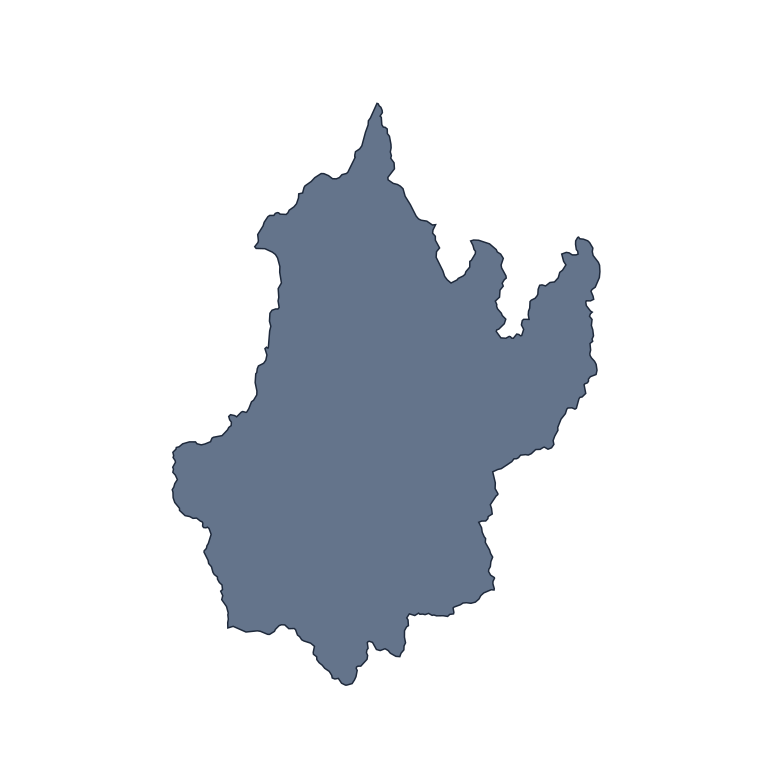 the district of Ocros, Áncash, Peru, rotated 154°
{"feature_id": "86281439B72862072024164", "entity_name": "Ocros", "entity_type": "district", "adm_level": 2, "iso_a3": "PER", "parent_name": "Peru", "parent_adm1": "Áncash", "projection": "robinson", "projection_center": [-77.418, -10.52], "detail": "fine", "context": "isolated", "style": "filled", "palette": "slate", "viewbox_px": 768, "rotation_deg": 154, "n_neighbors": 0, "source": "geoboundaries", "source_scale": "gbopen_adm2", "svg_char_len": 6159}
<svg xmlns="http://www.w3.org/2000/svg" viewBox="0 0 768 768"><g transform="rotate(154 384 384)"><path d="M440.0,564.1L439.5,561.9L431.7,557.8L426.5,551.4L424.8,548.0L424.4,544.0L426.1,535.2L428.7,530.3L431.9,519.8L437.3,516.1L440.6,508.0L442.8,505.1L444.7,498.7L446.6,497.9L448.3,498.9L452.3,499.4L455.5,497.6L459.4,490.7L460.4,485.5L463.5,481.8L471.9,467.6L472.6,467.1L473.5,468.6L475.5,468.0L476.5,461.4L479.8,457.2L483.1,455.4L488.9,455.3L491.2,453.3L493.4,450.0L494.8,449.4L499.2,441.7L501.3,433.4L503.1,430.0L508.3,426.6L510.9,426.1L516.3,421.1L519.6,419.0L520.4,418.9L523.0,421.2L524.5,421.3L530.8,419.1L532.1,421.1L535.4,423.7L537.8,422.9L538.4,419.5L537.9,416.6L539.6,413.6L542.6,413.0L544.7,411.4L552.2,408.6L560.7,410.9L562.4,410.7L565.2,408.2L571.3,408.6L574.9,409.4L578.3,412.3L578.8,414.6L584.3,417.3L591.2,418.5L595.7,417.4L598.5,418.0L599.6,416.6L603.7,415.2L604.5,411.7L605.8,410.4L605.3,406.8L605.7,405.1L610.4,401.8L610.5,399.8L612.5,397.2L611.5,393.6L611.6,388.7L615.7,386.2L618.1,383.5L620.7,381.8L621.1,379.3L623.4,374.2L624.0,369.2L622.3,362.0L623.2,360.0L620.5,352.9L616.7,350.0L614.6,347.0L611.2,345.6L609.1,341.2L608.0,340.1L607.8,338.4L609.3,335.9L609.1,334.1L607.1,332.8L605.5,332.7L604.6,330.9L605.3,324.6L611.8,317.7L614.0,316.3L615.7,314.1L618.8,312.9L619.5,311.7L619.4,302.6L620.3,299.5L619.2,295.4L620.3,289.8L620.1,287.2L618.3,283.6L619.2,281.6L619.0,277.8L617.7,274.4L619.3,270.0L621.6,269.4L621.7,264.5L624.4,261.3L623.1,253.0L624.4,246.4L625.5,245.1L627.0,240.9L629.1,238.0L631.3,233.2L625.8,232.3L616.8,221.6L606.1,217.7L603.6,216.0L598.3,210.0L596.6,209.1L590.9,209.7L589.1,211.1L584.2,212.8L581.8,212.6L578.8,211.0L576.8,205.8L571.9,203.6L571.2,202.0L571.8,196.3L570.6,193.9L570.1,190.2L568.7,188.2L563.6,183.3L561.5,178.7L565.3,173.8L565.9,172.0L564.1,168.4L565.2,165.7L564.5,162.0L562.8,158.4L561.9,154.4L559.2,149.7L558.7,145.1L559.4,142.5L557.5,140.4L554.1,139.4L553.3,133.7L550.7,130.3L549.5,129.7L544.0,128.7L540.2,131.0L537.5,133.2L533.6,138.4L533.7,140.5L532.7,141.7L531.1,141.8L528.5,140.6L519.9,144.0L517.7,147.2L517.6,150.1L516.0,152.4L514.2,153.4L512.4,158.9L511.1,159.4L510.0,159.2L507.6,156.8L507.2,148.7L504.3,146.1L499.1,145.6L497.1,142.6L496.3,139.2L492.7,134.0L489.3,132.0L486.8,134.5L482.7,136.3L480.8,139.8L478.1,141.9L476.6,147.5L473.7,153.3L470.2,155.8L468.0,156.1L465.8,161.5L466.1,163.8L462.0,166.3L457.8,162.4L453.4,162.9L452.7,161.3L450.0,160.2L448.2,158.7L444.5,158.3L442.2,155.0L440.4,154.5L438.4,152.6L432.4,149.8L428.7,147.2L425.9,148.1L422.3,146.9L421.3,148.1L420.1,152.4L418.7,152.8L412.1,152.1L409.0,152.5L405.8,151.3L402.0,148.8L397.5,147.9L392.9,149.1L389.7,151.4L385.9,152.5L377.8,152.1L375.4,150.6L374.6,151.7L373.7,156.7L372.6,158.8L369.8,161.0L369.7,161.7L372.0,165.5L372.2,169.7L371.0,171.5L368.5,173.2L365.8,177.5L362.2,180.8L362.5,184.9L361.9,188.6L362.4,197.2L360.4,200.6L360.9,202.7L360.7,207.7L359.3,212.1L359.5,218.2L356.4,218.0L352.6,216.3L349.7,217.4L348.5,219.2L343.7,219.7L341.9,225.1L341.4,228.9L332.3,234.2L330.2,234.7L329.7,235.5L330.0,241.3L327.3,246.3L324.8,257.4L319.3,257.3L315.7,256.5L303.2,258.2L299.9,259.8L297.6,258.7L295.4,258.8L292.5,260.2L287.8,258.5L285.5,256.9L282.1,256.8L276.4,258.6L272.3,256.8L268.6,257.2L267.5,256.9L265.2,253.5L261.4,253.2L257.8,255.2L256.8,259.0L253.4,262.3L248.0,266.1L246.9,268.8L240.3,274.8L234.0,277.8L230.7,281.3L229.2,281.8L225.5,280.2L223.4,277.7L221.7,277.9L215.4,285.1L213.8,286.1L211.6,285.5L206.8,287.1L204.5,295.6L203.6,296.1L200.6,295.9L198.9,297.0L198.1,298.8L195.3,300.1L189.2,299.6L186.5,303.0L184.7,308.7L184.8,312.1L186.1,316.5L186.3,319.3L185.7,321.1L183.4,323.9L181.1,330.1L177.7,330.9L177.3,333.2L174.6,335.4L172.6,341.2L172.0,345.6L168.7,350.8L169.6,354.8L167.7,356.6L165.3,357.3L166.4,359.0L167.8,365.7L166.8,369.0L165.7,370.1L162.0,368.2L158.4,368.2L157.6,371.3L157.3,376.7L155.4,377.8L151.7,378.4L143.8,385.2L140.7,390.3L138.2,396.2L138.0,399.4L139.7,407.8L138.8,411.6L136.7,414.6L137.2,421.0L138.1,423.4L141.3,426.8L144.4,428.7L144.7,430.7L145.7,430.8L149.0,428.6L150.6,425.6L152.2,420.5L151.7,418.4L152.6,415.7L154.7,415.8L158.2,417.5L160.1,420.7L162.5,422.4L167.3,422.9L168.8,415.5L168.3,411.3L173.7,408.0L177.1,407.3L180.8,403.1L186.0,401.0L190.4,402.5L195.8,401.3L198.5,403.8L200.8,404.5L203.9,401.6L206.4,397.2L207.7,396.2L210.6,394.8L214.8,394.8L216.6,394.1L219.8,388.3L222.1,386.2L224.0,383.0L225.3,378.5L230.1,380.9L231.9,380.4L234.6,376.9L234.5,371.9L239.0,367.2L240.2,367.5L241.1,369.4L242.8,370.7L247.7,368.4L249.2,369.3L249.6,371.0L250.6,371.9L254.4,371.7L258.7,374.2L260.1,382.0L259.0,383.2L256.7,383.0L249.5,385.4L246.1,388.9L247.7,393.7L247.5,396.2L249.0,401.8L248.7,404.6L247.8,405.9L247.6,409.7L242.1,411.4L238.6,417.5L233.9,419.7L233.6,422.8L230.1,425.0L227.7,425.6L227.0,427.7L227.4,436.8L226.6,439.6L221.7,444.6L222.2,449.6L224.3,453.0L224.2,455.6L227.7,463.7L235.9,471.7L240.3,474.1L243.4,474.6L243.3,469.7L244.1,465.4L243.6,463.2L244.8,461.1L251.4,456.8L253.1,456.6L255.7,451.5L261.1,449.1L263.2,447.0L265.7,446.4L270.9,446.4L272.8,445.5L279.5,445.4L281.5,449.9L282.3,454.2L281.5,459.8L281.6,475.0L278.8,479.9L274.4,481.9L274.8,490.7L273.1,494.3L274.2,498.2L272.5,500.9L267.8,504.6L270.8,505.7L274.1,511.6L278.9,515.0L280.6,517.3L281.5,520.8L281.7,533.6L282.7,543.5L281.3,551.2L282.6,554.7L284.4,557.4L287.8,560.3L290.8,565.7L290.0,568.0L280.3,572.8L278.0,578.4L279.0,584.0L277.3,585.9L276.6,589.8L274.1,593.1L272.7,596.3L270.5,604.3L271.2,607.6L269.3,611.8L270.5,614.3L272.0,615.2L272.3,618.0L269.5,624.9L270.1,626.5L266.5,628.6L265.7,630.8L265.5,634.1L266.4,636.1L266.4,638.4L267.3,639.3L279.7,629.0L282.6,627.5L284.7,623.8L290.2,618.5L299.5,607.8L302.8,606.0L307.8,605.3L309.8,602.7L310.7,601.0L310.4,600.5L323.8,590.1L325.6,589.7L330.0,590.6L333.6,589.1L336.9,589.3L340.3,591.1L342.5,595.6L345.8,599.4L348.2,600.7L355.8,599.8L360.7,597.9L368.2,596.7L369.7,595.7L373.4,591.4L377.3,592.3L379.3,588.7L383.7,584.3L387.3,582.7L393.0,581.8L395.3,580.0L397.6,579.3L402.9,582.2L403.7,584.1L404.8,584.8L406.9,585.0L409.1,583.8L412.8,585.6L415.0,585.3L420.8,581.9L423.4,579.1L432.0,573.7L434.1,567.8L435.3,566.4L440.0,564.1Z" fill="#64748b" stroke="#1e293b" stroke-width="1.5"/></g></svg>